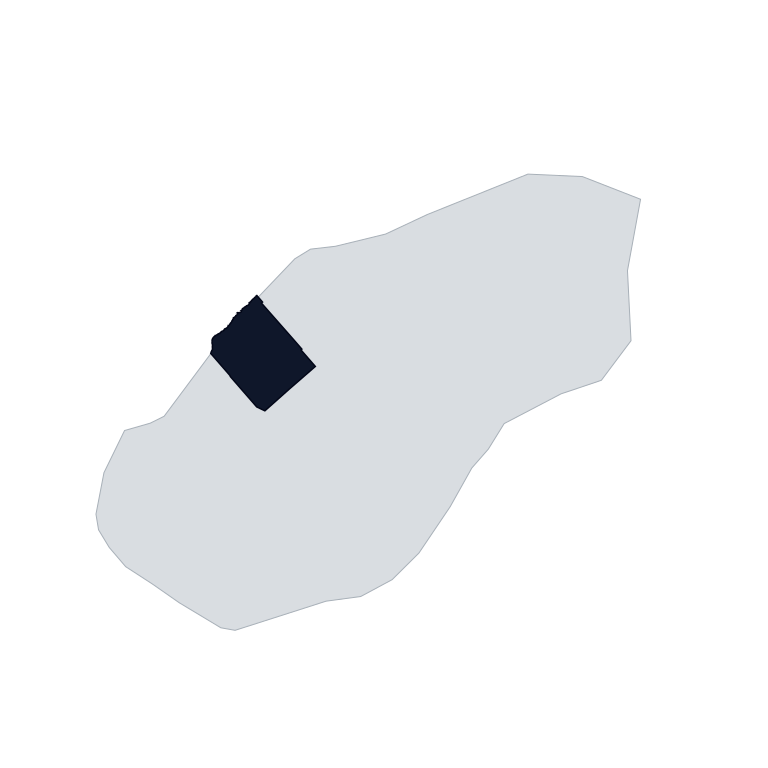 location of 84, Ar Rayyān, Qatar, rotated 49°
{"feature_id": "91078587B80601194471899", "entity_name": "84", "entity_type": "district", "adm_level": 2, "iso_a3": "QAT", "parent_name": "Qatar", "parent_adm1": "Ar Rayyān", "projection": "mercator", "projection_center": [50.776, 25.173], "detail": "fine", "context": "in_parent", "style": "filled", "palette": "ink", "viewbox_px": 768, "rotation_deg": 49, "n_neighbors": 0, "source": "geoboundaries", "source_scale": "gbopen_adm2", "svg_char_len": 4022}
<svg xmlns="http://www.w3.org/2000/svg" viewBox="0 0 768 768"><g transform="rotate(49 384 384)"><path d="M414.9,682.0L382.7,690.1L352.4,698.8L327.1,698.6L306.8,695.1L293.3,686.8L267.2,653.5L248.9,610.3L260.2,586.1L264.1,571.1L239.2,456.9L231.0,369.1L234.0,351.0L248.2,330.3L271.9,284.4L284.5,240.1L320.0,137.7L357.6,98.2L412.9,69.2L458.2,125.9L513.4,169.2L523.8,217.5L507.6,256.8L492.7,319.3L501.6,348.0L505.0,372.8L520.0,414.5L534.5,468.6L537.0,506.2L529.1,541.0L509.9,570.2L472.2,658.0L460.9,667.1L414.9,682.0Z" fill="#d9dde1" stroke="#a8b0b8" stroke-width="1"/><path d="M233.8,421.9L233.8,422.1L233.7,422.7L233.7,422.8L233.9,422.8L234.0,422.9L234.0,423.0L234.1,423.9L234.0,424.2L233.9,424.6L233.8,424.8L233.8,425.1L233.9,425.3L234.0,425.4L234.1,425.5L234.1,425.8L234.1,426.0L234.1,426.8L234.0,427.1L234.0,427.3L233.9,427.4L233.9,427.5L234.0,427.6L234.0,427.9L234.0,428.2L234.1,428.6L234.1,428.9L234.1,429.2L234.1,429.4L234.3,429.7L234.4,430.1L234.4,430.5L234.5,430.6L234.5,430.8L234.5,431.4L234.5,431.6L234.2,432.3L233.4,432.3L234.8,432.3L234.9,432.5L234.8,432.9L234.9,433.0L235.0,433.3L235.3,433.4L235.3,433.5L235.4,433.9L235.4,434.1L235.4,434.4L235.4,434.7L235.4,434.8L235.3,435.0L235.2,435.4L235.1,435.6L235.1,435.8L235.0,436.0L234.8,436.3L234.8,436.6L234.9,436.8L234.8,437.1L234.9,437.3L234.9,437.5L234.8,437.8L234.7,437.9L234.6,438.1L234.6,438.5L234.6,438.8L234.5,439.2L234.5,439.4L234.5,439.5L234.6,439.8L234.6,440.1L234.6,440.3L234.5,440.6L234.4,440.8L234.3,441.0L234.3,441.4L234.3,441.5L234.5,441.7L234.6,441.9L234.7,442.0L234.8,442.1L234.9,442.4L234.9,442.5L234.9,442.8L235.0,443.1L234.9,443.3L234.8,443.6L235.2,443.5L235.3,443.5L235.5,443.9L235.5,444.0L235.8,444.2L235.8,444.3L235.9,444.5L235.8,445.0L235.8,445.4L235.6,445.7L235.5,445.9L235.3,446.1L235.2,446.3L235.2,446.5L234.9,446.8L234.8,447.1L234.6,447.4L234.3,447.4L234.0,447.7L234.0,447.8L234.2,447.6L234.3,447.5L234.7,447.5L234.8,447.8L234.5,447.9L234.4,447.9L234.2,447.9L234.3,447.9L234.3,448.0L234.8,447.9L235.0,448.3L235.1,448.7L235.2,448.8L235.3,449.3L235.4,449.7L235.3,450.0L235.3,450.3L235.2,450.5L235.2,450.9L235.2,451.1L235.3,451.2L235.5,451.4L235.5,451.5L235.5,451.9L235.5,452.0L235.5,452.4L235.5,452.6L235.5,453.0L235.4,453.5L235.4,453.8L235.2,454.2L235.3,454.3L235.5,454.2L235.3,454.2L235.5,454.1L235.8,454.3L235.9,454.5L235.9,454.8L236.0,455.0L236.0,455.3L236.0,455.7L236.0,455.8L236.1,456.0L236.4,456.1L236.5,456.2L236.6,456.4L236.6,456.8L236.6,457.2L236.6,457.5L236.9,457.7L237.0,457.9L237.1,458.1L237.1,458.3L237.2,458.5L237.3,458.9L237.3,459.1L237.3,459.5L237.5,459.5L237.7,459.9L237.6,461.1L237.6,461.4L237.8,461.7L238.0,461.9L238.0,462.0L238.2,462.8L238.1,463.6L237.9,463.6L238.2,464.1L238.4,464.0L238.5,464.2L238.5,464.3L238.5,465.3L238.5,465.6L238.6,465.8L238.6,466.0L238.6,466.7L238.4,466.7L238.4,466.8L238.3,467.1L238.1,467.4L238.0,468.0L237.9,468.1L237.9,468.3L238.0,468.4L238.1,469.0L238.3,469.4L238.3,469.5L238.5,469.8L238.4,470.2L238.3,470.6L238.2,471.1L237.9,471.8L238.0,472.4L237.8,472.4L237.8,472.6L237.8,473.3L238.1,474.4L237.9,474.4L237.8,475.0L237.6,475.8L237.4,476.2L237.5,476.3L237.5,476.5L237.6,476.8L237.4,476.8L237.3,477.4L237.3,477.5L237.2,478.1L237.0,478.7L237.0,479.1L237.0,480.0L236.8,480.0L236.9,480.3L236.8,480.5L236.8,481.1L236.8,481.4L236.9,481.7L236.9,482.2L237.2,483.5L237.4,483.7L237.4,483.8L237.5,483.9L237.6,484.1L237.8,484.3L237.9,484.8L238.3,485.1L238.5,485.4L238.7,485.5L238.8,485.5L239.0,485.7L239.1,485.8L240.2,486.9L240.7,487.2L241.2,487.3L241.7,487.6L242.0,487.7L242.0,487.9L242.0,488.0L242.3,488.1L242.6,488.3L242.8,488.5L243.0,488.8L243.1,489.0L243.3,489.1L243.5,489.3L243.7,489.5L244.0,489.6L244.5,490.0L245.0,490.6L245.3,490.7L245.7,491.6L245.8,491.7L245.8,491.9L246.0,491.9L246.1,492.4L246.2,492.6L246.3,493.7L246.2,493.8L246.4,493.7L246.6,493.7L246.7,493.8L246.8,494.0L247.2,494.7L277.0,494.7L277.4,495.1L317.8,495.1L326.1,491.5L325.7,459.1L325.7,424.3L303.8,424.3L303.8,423.1L290.2,423.1L242.5,423.4L242.5,421.9L233.8,421.9Z" fill="#0f172a" stroke="#020617" stroke-width="1.5"/></g></svg>